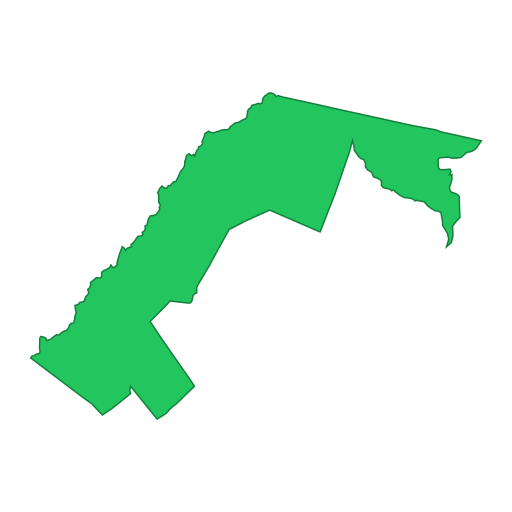 Itaipava do Grajaú, Maranhão, Brazil (Robinson projection)
{"feature_id": "56859067B17449288962425", "entity_name": "Itaipava do Grajaú", "entity_type": "district", "adm_level": 2, "iso_a3": "BRA", "parent_name": "Brazil", "parent_adm1": "Maranhão", "projection": "robinson", "projection_center": [-45.67, -5.218], "detail": "fine", "context": "isolated", "style": "filled", "palette": "green", "viewbox_px": 512, "rotation_deg": 0, "n_neighbors": 0, "source": "geoboundaries", "source_scale": "gbopen_adm2", "svg_char_len": 3742}
<svg xmlns="http://www.w3.org/2000/svg" viewBox="0 0 512 512"><path d="M74.5,320.0L73.6,323.0L70.8,323.5L69.3,325.4L68.8,327.3L66.5,330.5L64.1,331.1L62.4,332.1L60.7,333.3L58.9,335.2L56.4,334.7L52.7,337.5L50.9,339.1L48.5,340.0L46.7,340.7L46.0,338.3L43.4,336.9L40.7,336.5L39.8,338.3L39.7,343.4L39.5,348.0L40.0,351.3L39.5,353.4L35.7,354.4L33.8,355.8L31.9,356.1L30.7,358.0L84.6,398.7L91.8,403.8L96.6,408.9L99.9,412.4L102.4,415.0L112.4,408.2L128.0,395.7L130.6,393.6L129.7,390.7L130.6,386.3L155.8,417.5L157.2,419.1L166.1,413.4L168.5,410.7L170.5,408.5L173.8,405.8L176.4,403.8L194.4,386.3L193.4,384.5L190.3,379.9L162.3,339.7L158.5,334.0L150.1,321.4L165.8,305.7L170.0,301.0L188.7,303.1L190.6,302.8L191.9,300.9L193.1,295.8L194.3,294.0L196.7,292.8L196.7,287.4L198.0,284.8L205.4,272.2L208.9,266.5L220.1,245.7L229.1,229.5L231.3,228.4L245.9,220.8L269.7,210.1L317.1,230.7L320.1,231.9L335.1,193.6L347.5,157.5L349.3,152.5L352.5,140.4L353.0,142.3L354.0,146.8L354.3,150.3L358.5,156.3L360.6,158.4L364.1,159.9L365.5,163.7L365.5,167.1L367.8,170.1L369.7,171.1L371.7,172.4L372.8,175.1L373.6,177.0L376.9,178.0L379.6,179.3L381.5,181.3L381.4,185.4L383.4,187.7L386.6,188.5L389.6,189.0L391.7,190.8L393.5,190.0L395.4,191.9L397.8,193.6L399.5,195.1L402.1,196.4L404.5,197.6L407.6,197.9L409.7,198.1L411.8,198.7L413.6,199.4L414.9,200.9L417.0,200.4L424.4,201.9L426.6,204.7L428.0,206.1L430.7,208.1L435.1,210.8L437.6,210.9L441.0,212.5L441.4,215.2L441.8,217.5L442.6,222.0L442.6,225.4L444.3,228.2L447.7,233.9L448.7,239.5L447.5,243.3L446.5,246.8L451.3,242.6L452.8,236.5L452.9,233.3L452.5,226.1L456.1,221.6L459.9,217.5L459.2,196.7L458.0,194.9L456.2,193.9L454.3,193.1L451.1,192.0L449.9,190.1L449.5,187.6L451.9,179.7L452.0,174.6L449.4,174.8L451.1,171.6L449.9,169.1L444.2,169.7L440.2,169.6L438.8,168.3L438.2,165.7L438.2,162.8L438.0,160.5L438.4,158.4L440.8,157.7L444.9,157.4L448.3,157.0L451.5,158.1L457.2,158.1L461.2,157.3L466.8,152.4L471.4,151.5L474.5,149.8L476.2,148.3L481.3,140.8L442.6,132.2L440.6,131.8L436.5,130.0L412.1,125.5L347.5,111.3L338.4,109.3L320.7,105.3L281.8,96.8L278.2,95.6L276.0,96.5L274.3,94.2L271.5,93.0L269.5,92.9L267.8,93.8L266.3,95.1L264.6,96.1L262.8,98.7L262.2,102.8L260.0,104.0L258.2,103.3L256.0,104.3L253.5,104.8L251.8,105.4L250.7,107.9L248.7,109.0L247.5,111.3L247.3,114.5L246.9,116.6L245.4,119.0L242.9,119.7L240.5,121.2L238.0,122.5L234.9,123.0L232.2,125.4L230.3,126.6L228.7,129.2L226.6,129.8L224.5,129.6L221.4,130.1L218.9,131.2L216.3,131.9L213.1,133.0L210.1,132.1L208.5,131.1L206.8,132.4L204.8,133.7L204.3,136.1L203.3,138.9L202.0,141.6L202.7,143.5L200.8,146.1L198.8,146.7L198.2,148.9L196.7,150.7L195.9,152.7L194.5,156.2L193.4,154.5L191.5,155.8L189.0,153.7L186.4,155.9L185.6,159.2L184.8,161.6L184.6,165.4L183.7,167.6L182.1,169.7L180.3,172.0L179.5,173.9L178.2,176.9L176.8,179.7L175.9,181.5L173.8,181.8L171.6,183.9L170.2,185.7L168.3,185.7L167.3,187.3L165.9,188.6L163.7,187.5L162.1,186.0L159.6,188.6L158.8,190.5L157.6,192.8L158.7,195.3L158.7,199.0L158.7,202.3L160.4,205.1L159.3,207.6L159.8,209.7L157.7,212.3L156.0,214.7L152.7,215.6L150.5,215.8L148.7,218.3L148.0,220.5L147.4,222.9L147.1,225.1L145.0,226.0L145.4,228.5L143.9,231.4L142.2,232.4L142.9,234.8L141.3,235.8L137.7,236.5L135.8,239.3L134.7,240.9L133.2,242.8L131.0,244.7L131.5,246.9L129.5,247.3L127.1,248.3L125.5,250.4L124.0,247.9L122.3,246.7L120.8,250.5L119.4,254.3L118.8,256.8L117.5,260.7L117.1,262.8L117.0,265.0L114.6,267.3L112.5,267.3L111.0,265.0L109.6,267.6L106.5,269.5L103.2,270.9L101.6,272.5L101.7,275.1L101.3,277.4L99.7,278.1L96.3,277.6L94.3,279.5L92.5,280.9L90.4,282.7L90.7,285.1L89.5,287.9L87.7,289.5L88.8,293.0L87.3,295.2L85.9,296.5L84.8,299.0L84.1,301.3L81.9,302.1L79.8,302.3L78.1,304.6L75.0,305.4L75.4,309.2L76.3,312.5L75.0,315.9L74.5,320.0Z" fill="#22c55e" stroke="#15803d" stroke-width="1.5"/></svg>